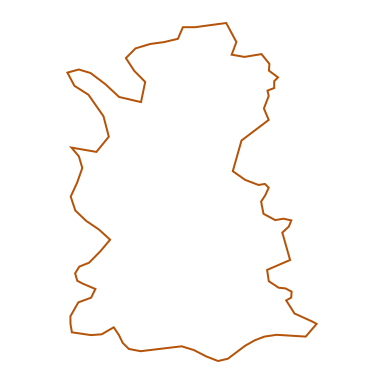 SVG path tracing the border of Mātara
{"feature_id": "LKA-2466", "entity_name": "Mātara", "entity_type": "District", "adm_level": 1, "iso_a3": "LKA", "parent_name": "Sri Lanka", "parent_adm1": "", "projection": "mercator", "projection_center": [80.546, 6.16], "detail": "fine", "context": "isolated", "style": "outline", "palette": "amber", "viewbox_px": 384, "rotation_deg": 0, "n_neighbors": 0, "source": "natural_earth", "source_scale": "10m", "svg_char_len": 1296}
<svg xmlns="http://www.w3.org/2000/svg" viewBox="0 0 384 384"><path d="M316.6,323.9L305.7,336.6L276.6,334.8L264.4,336.6L255.0,340.2L245.2,345.7L227.9,358.7L222.9,359.9L218.0,361.0L206.2,356.4L193.7,350.0L186.5,347.8L181.6,346.3L140.5,351.2L128.8,348.9L122.8,343.0L119.0,335.2L116.0,330.7L113.7,327.3L101.7,334.3L91.0,335.1L71.8,332.3L71.8,331.6L70.5,324.1L70.4,316.3L78.3,302.4L91.1,297.7L95.4,289.0L82.9,283.7L77.3,280.8L75.1,273.4L79.3,266.6L89.1,262.7L100.4,251.2L110.1,239.7L98.9,229.5L86.2,220.9L75.3,210.5L70.7,196.6L77.1,182.7L82.3,168.0L78.9,156.4L71.5,147.6L96.4,151.9L108.8,136.7L103.5,116.3L88.5,94.8L74.4,85.8L67.4,72.6L78.8,69.5L90.5,73.0L105.5,84.3L119.1,97.0L141.0,102.1L145.2,81.9L134.3,70.9L125.9,58.1L135.5,48.4L150.1,44.0L164.0,42.1L177.9,38.8L182.9,27.2L195.0,27.2L226.2,23.0L236.4,42.0L231.7,54.7L244.5,56.9L261.5,54.1L269.4,63.9L268.9,70.6L278.0,77.4L274.2,81.2L274.2,88.0L267.5,90.6L268.7,96.0L263.9,108.5L268.7,119.9L241.5,140.5L232.8,171.2L245.2,179.9L258.6,185.0L264.9,183.9L268.7,187.7L265.3,195.2L261.1,201.6L263.5,213.8L275.2,220.1L283.5,218.7L291.3,220.4L288.8,226.6L282.3,232.6L290.1,260.0L267.1,269.9L268.8,281.2L278.6,287.7L285.5,288.4L291.6,291.7L291.2,297.6L286.2,300.4L294.5,313.5L312.6,321.7L316.6,323.9Z" fill="none" stroke="#b45309" stroke-width="2"/></svg>